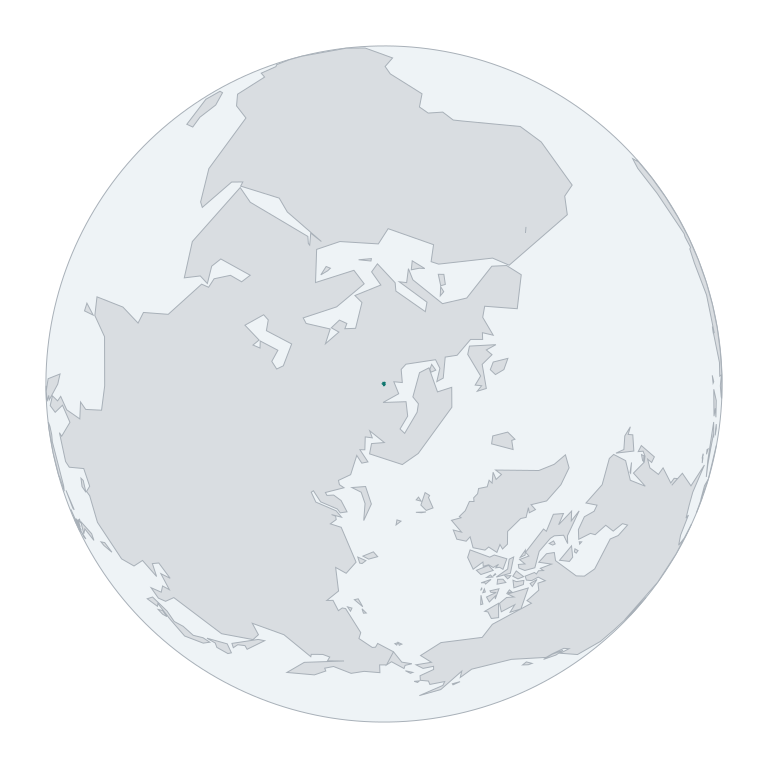 Balvu highlighted on a globe, orthographic projection, rotated 166°
{"feature_id": "LVA-1063", "entity_name": "Balvu", "entity_type": "Municipality", "adm_level": 1, "iso_a3": "LVA", "parent_name": "Latvia", "parent_adm1": "", "projection": "orthographic", "projection_center": [27.276, 57.034], "detail": "fine", "context": "on_globe", "style": "filled", "palette": "teal", "viewbox_px": 768, "rotation_deg": 166, "n_neighbors": 0, "source": "natural_earth", "source_scale": "10m", "svg_char_len": 11737}
<svg xmlns="http://www.w3.org/2000/svg" viewBox="0 0 768 768"><g transform="rotate(166 384 384)"><circle cx="384" cy="384" r="338" fill="#eef3f6" stroke="#a8b0b8"/><path d="M166.5,125.4L207.4,97.1L181.4,113.5L196.6,102.8L201.2,99.8L199.0,101.4L219.8,90.1L236.2,81.9L261.7,74.7L278.1,80.1L268.5,82.4L273.5,84.0L285.9,81.5L292.8,79.5L326.9,86.0L367.9,86.1L381.0,80.8L378.0,86.6L402.8,73.8L425.1,73.1L399.8,77.3L397.1,80.6L412.2,81.4L412.7,85.0L420.4,87.7L419.6,92.2L404.9,95.0L404.2,98.1L414.9,98.6L420.9,103.8L405.3,102.5L414.2,111.7L391.3,119.3L350.0,114.4L337.0,124.6L294.0,135.6L297.7,139.2L283.7,146.5L282.8,153.5L275.1,154.1L281.1,159.3L288.3,157.5L293.3,159.3L293.5,163.4L283.6,164.7L282.1,162.8L279.3,165.4L274.4,164.4L276.9,167.3L265.0,168.7L276.9,173.6L267.4,180.0L259.5,179.3L260.3,171.1L243.9,151.3L236.1,149.1L224.3,153.6L202.0,178.9L193.4,180.3L181.8,188.2L186.4,190.8L197.2,185.8L203.0,193.3L215.6,186.7L219.8,189.1L232.6,186.2L230.6,195.7L221.7,206.7L210.9,209.7L206.6,214.9L216.8,219.7L196.7,233.5L183.4,257.2L178.2,260.1L168.1,251.2L168.3,231.0L155.2,221.6L163.5,237.2L150.4,245.2L148.2,250.8L148.8,256.1L153.7,256.9L149.2,262.0L139.3,247.9L143.3,243.1L146.4,247.4L146.3,238.3L139.6,229.9L133.5,235.1L129.7,218.6L125.3,222.3L122.0,221.2L129.3,216.1L116.1,225.2L110.8,210.9L92.7,227.9L110.6,204.3L117.1,192.8L123.4,180.8L120.3,183.2L132.8,165.6L137.1,156.3L128.6,162.9L119.4,173.8L141.8,148.4L166.5,125.4ZM112.1,183.3L103.5,195.8L104.3,195.7L97.6,207.8L92.4,213.2L112.1,183.3ZM91.8,214.2L79.0,239.0L76.4,244.0L91.8,214.2ZM59.9,288.2L59.9,289.9L58.1,300.9L54.4,311.3L56.3,310.4L53.3,323.8L52.0,353.9L51.2,353.9L49.5,392.3L53.6,426.4L54.6,441.0L53.5,442.4L56.3,453.8L56.4,457.2L72.8,502.7L85.6,531.8L88.2,542.5L83.4,538.1L84.5,540.5L74.3,519.2L65.6,497.2L58.5,474.7L52.9,451.8L49.0,428.5L46.7,405.0L46.1,381.4L47.1,357.8L49.8,334.3L54.0,311.1L59.9,288.2ZM88.2,231.7L73.3,267.4L77.0,252.4L77.2,254.0L82.0,243.7L89.2,227.7L93.8,215.8L88.2,231.7ZM92.2,235.7L94.4,230.3L92.9,235.0L92.2,235.7ZM295.8,78.2L286.1,81.1L274.7,82.3L282.8,79.4L295.8,78.2ZM317.5,77.9L313.1,79.9L307.9,77.1L312.0,76.7L317.5,77.9ZM390.2,76.6L382.2,76.8L389.8,75.4L390.2,76.6ZM421.5,87.4L423.6,86.3L426.7,88.2L421.5,87.4ZM232.9,181.3L232.7,183.7L230.4,183.0L232.9,181.3ZM238.6,177.9L236.0,175.4L238.4,173.4L239.9,175.0L238.6,177.9ZM428.4,96.9L432.6,100.6L425.8,97.2L428.4,96.9ZM241.2,181.6L242.8,170.3L247.0,167.0L256.3,170.5L241.2,181.6ZM433.4,103.1L443.9,112.7L449.5,110.8L439.6,121.9L434.0,109.8L424.6,105.8L431.6,105.9L433.4,103.1ZM290.5,155.1L282.8,157.3L289.1,151.7L290.5,155.1ZM293.4,151.2L305.5,132.7L316.9,132.0L310.5,138.2L325.3,134.6L324.9,143.3L316.7,147.2L309.4,145.9L314.8,150.3L293.4,151.2ZM432.4,126.8L432.8,129.8L429.6,127.3L432.4,126.8ZM295.8,159.6L297.3,155.7L307.3,154.8L306.3,162.4L303.4,160.2L295.8,159.6ZM329.3,129.6L336.6,130.5L338.3,137.7L341.3,139.1L325.9,143.5L329.3,129.6ZM301.2,162.5L305.5,166.3L300.9,170.6L295.1,163.3L301.2,162.5ZM310.3,151.4L315.1,151.4L312.1,153.9L310.3,151.4ZM287.0,188.7L288.5,183.8L293.8,182.8L287.0,188.7ZM307.4,167.4L309.0,166.0L311.2,165.1L313.1,168.5L307.4,167.4ZM328.1,148.4L327.3,151.4L334.5,147.0L336.1,152.5L325.5,154.6L330.7,156.0L331.2,157.7L322.0,157.5L328.1,148.4ZM321.8,169.5L308.8,174.5L304.9,183.7L300.0,184.8L307.2,169.8L321.8,169.5ZM322.7,162.4L321.0,167.0L315.8,165.8L313.8,161.9L322.7,162.4ZM341.0,155.6L341.3,146.6L343.6,146.5L341.0,155.6ZM321.6,172.3L324.8,171.1L322.0,173.1L321.6,172.3ZM336.2,160.9L336.0,157.7L338.6,157.6L336.2,160.9ZM331.2,171.5L327.0,173.0L325.4,170.4L331.2,171.5ZM334.3,166.8L337.9,167.6L327.4,168.5L333.8,165.3L334.3,166.8ZM338.7,161.4L340.2,160.3L338.4,162.8L338.7,161.4ZM339.4,180.9L326.5,182.7L323.1,176.7L336.1,175.7L339.4,180.9ZM339.5,719.0L338.7,718.8L321.1,714.6L296.8,698.3L306.1,691.8L302.9,683.4L276.9,656.4L282.6,644.2L275.6,636.2L261.2,633.6L253.0,623.4L244.3,620.2L189.5,600.9L172.9,580.8L153.3,531.5L163.2,522.6L165.2,503.9L233.8,469.0L248.2,479.9L302.0,487.1L308.7,491.3L302.2,507.2L342.4,533.7L355.6,521.3L392.3,532.9L416.8,530.9L425.9,499.0L385.7,501.6L379.0,486.0L411.3,470.3L446.4,467.7L444.9,461.6L422.9,450.4L431.1,437.2L415.2,445.3L421.5,451.3L411.8,456.8L405.4,451.7L408.6,447.1L398.1,444.9L385.7,468.4L390.8,476.9L363.1,480.8L368.9,495.8L361.3,502.2L348.7,479.5L350.0,471.3L326.4,444.2L322.5,453.0L344.5,479.5L337.5,476.9L332.4,490.0L330.8,478.1L307.8,447.8L282.9,447.4L250.9,472.2L236.4,469.3L224.4,456.8L236.5,424.8L267.5,435.1L272.1,424.8L266.2,404.9L276.1,410.0L277.5,403.4L289.2,406.3L306.1,394.2L318.1,395.3L325.1,375.4L332.2,373.5L326.0,385.7L328.1,395.1L357.9,397.9L363.8,394.0L365.9,381.0L373.9,383.8L372.1,371.0L389.4,366.3L366.9,361.5L368.8,347.1L379.3,336.5L375.9,331.1L358.7,348.6L355.4,356.5L359.1,364.5L346.8,386.4L336.5,388.8L334.0,363.4L319.1,364.4L323.8,345.0L367.6,308.3L385.7,301.4L414.9,319.7L410.5,329.2L397.8,327.1L409.2,342.1L408.4,334.6L415.0,337.2L418.5,324.8L423.3,326.1L418.4,312.3L424.7,312.6L427.7,321.3L438.3,304.1L451.5,301.5L451.6,297.1L447.9,293.0L467.1,292.9L466.3,289.7L459.7,288.4L453.8,281.3L450.8,268.9L457.6,269.6L459.6,274.1L474.0,285.0L478.3,297.5L480.8,296.6L478.7,285.9L461.1,272.5L457.4,265.0L466.5,270.0L462.9,267.5L463.2,264.0L469.9,261.3L460.2,255.3L454.2,217.9L466.5,209.5L475.3,217.7L478.2,194.1L491.9,187.8L485.8,186.4L483.1,175.1L478.7,176.8L475.6,175.4L466.7,148.4L469.9,143.1L459.1,131.2L455.9,130.7L452.9,133.8L439.6,121.9L449.5,110.8L456.2,112.5L457.8,104.9L472.8,110.0L485.9,111.2L501.3,122.1L510.3,122.6L509.9,119.6L521.9,118.6L548.0,127.6L528.7,133.2L489.8,124.9L505.8,129.1L502.7,132.2L508.8,136.4L520.0,139.3L521.0,137.1L541.7,164.9L569.7,183.7L566.5,171.1L572.9,167.7L602.0,181.0L639.6,227.6L648.5,226.0L654.7,230.8L659.3,242.7L650.5,235.9L647.7,241.6L642.0,236.3L646.4,254.0L638.5,247.2L645.8,264.8L652.2,265.8L651.2,252.2L661.0,271.2L670.6,267.9L680.9,277.8L695.5,319.1L696.6,346.8L698.6,351.7L694.3,356.0L695.8,374.6L709.5,379.4L711.7,385.8L710.7,415.3L709.4,411.3L698.0,422.8L701.1,441.2L709.9,436.1L713.1,443.8L708.6,452.7L704.8,446.6L700.7,450.2L698.1,435.7L687.6,423.7L682.8,440.0L679.6,431.5L664.4,426.9L655.5,449.7L643.7,497.5L648.0,520.4L641.4,538.0L618.7,521.8L607.9,502.6L600.1,511.6L576.5,503.8L536.8,525.0L530.8,520.3L523.4,527.2L506.7,526.6L497.4,517.6L487.5,521.9L512.1,544.8L522.7,540.0L531.1,524.2L536.1,533.3L552.1,535.3L535.5,568.6L476.0,609.4L469.8,592.7L422.2,545.6L423.4,538.7L423.1,538.0L422.5,536.7L418.6,548.1L410.3,537.4L436.2,574.3L440.7,589.7L475.2,610.7L472.1,614.2L483.0,616.8L517.6,599.3L517.9,605.0L501.8,635.4L453.6,675.5L459.8,689.5L456.0,700.6L425.6,710.7L427.9,715.3L412.1,718.1L410.9,719.8L398.0,721.5L384.3,721.9L339.5,719.0ZM210.2,496.3L208.3,501.9L208.3,502.0L210.2,496.3ZM484.0,480.3L504.7,474.7L494.6,456.9L501.7,453.5L495.6,448.9L493.7,455.7L478.8,442.4L487.4,433.1L484.5,424.5L477.3,426.0L463.9,445.2L485.2,464.2L480.8,474.2L484.0,480.3ZM52.1,354.7L51.5,360.4L51.3,355.6L52.1,354.7ZM75.1,254.0L73.1,260.1L71.3,264.7L72.3,260.5L75.1,254.0ZM64.5,305.1L63.4,313.0L63.5,306.4L64.5,305.1ZM71.6,272.9L65.3,299.1L65.6,287.6L70.0,271.4L68.4,280.3L71.6,272.9ZM88.1,237.8L86.4,242.2L85.2,242.6L88.1,237.8ZM91.2,239.2L91.4,237.9L93.4,234.8L91.2,239.2ZM151.0,246.0L151.6,247.3L151.2,253.2L149.1,251.3L151.0,246.0ZM162.9,275.4L155.3,282.9L159.3,276.0L154.9,274.5L157.8,258.5L175.7,260.8L167.1,262.4L162.9,275.4ZM166.7,238.6L162.8,248.0L166.3,237.7L166.7,238.6ZM273.6,366.2L277.4,372.2L272.7,378.9L257.6,378.9L264.2,369.0L273.6,366.2ZM284.0,379.3L285.8,354.9L295.3,354.4L289.7,358.7L295.8,360.9L288.3,368.4L295.6,392.5L291.9,400.1L265.9,395.1L276.5,392.3L272.1,386.3L284.0,379.3ZM273.7,298.4L274.6,289.2L294.1,299.9L291.0,307.3L275.6,307.4L270.3,298.7L273.7,298.4ZM257.4,190.7L256.6,187.4L259.3,186.9L262.3,189.3L257.4,190.7ZM287.3,186.5L264.3,204.7L262.1,201.8L251.2,216.6L241.2,214.9L248.6,205.2L232.7,215.3L235.4,205.9L225.3,213.7L242.7,192.4L244.4,184.7L246.3,193.8L255.5,195.5L259.9,194.0L273.9,184.1L282.1,169.2L292.5,169.0L297.7,172.8L297.3,176.4L290.7,175.3L294.9,180.9L285.0,182.0L287.3,186.5ZM352.1,225.6L344.6,221.5L351.5,235.4L341.6,235.6L343.0,237.2L335.8,241.4L329.5,249.4L325.1,248.2L324.5,251.9L319.7,254.9L317.5,259.7L308.7,259.3L305.3,265.2L303.1,261.7L299.5,272.0L298.3,264.3L291.9,267.8L296.5,273.5L254.7,262.6L238.2,264.9L225.1,271.4L224.7,257.9L236.7,243.5L254.5,231.2L270.5,231.3L267.4,225.5L274.2,223.9L273.8,229.1L278.4,220.2L283.9,220.4L299.7,211.1L303.0,198.7L308.9,195.2L310.3,200.2L315.2,193.3L321.9,200.5L326.2,198.4L337.2,203.6L337.4,214.9L342.3,211.6L350.9,215.8L352.1,225.6ZM342.3,182.7L344.8,195.5L340.6,202.2L323.3,190.4L318.4,191.4L307.1,184.7L313.4,175.4L316.1,178.1L320.1,178.6L316.5,181.3L322.4,179.5L326.2,183.3L331.8,183.1L331.1,187.3L342.3,182.7ZM316.5,486.2L321.7,487.8L329.9,488.2L326.8,496.7L316.5,486.2ZM300.4,465.8L305.2,465.6L304.8,477.3L299.4,475.9L300.4,465.8ZM308.1,455.9L305.5,464.7L303.7,459.1L308.1,455.9ZM330.4,384.9L335.5,384.1L335.9,387.2L333.0,391.5L330.4,384.9ZM370.4,268.7L366.7,264.8L368.3,263.1L366.4,251.9L373.6,251.1L377.5,257.6L370.4,268.7ZM418.9,505.2L411.7,512.0L408.0,509.3L411.2,507.5L418.9,505.2ZM366.9,506.5L378.6,510.7L365.9,508.7L366.9,506.5ZM377.9,265.9L376.3,261.3L380.8,263.8L377.9,265.9ZM378.7,250.0L384.1,251.8L374.2,249.7L378.7,250.0ZM512.5,683.7L487.9,703.4L472.3,707.7L470.2,705.7L479.8,695.4L498.1,687.4L507.4,679.6L512.5,683.7ZM713.1,460.9L712.3,464.0L713.7,457.8L715.4,450.1L713.1,460.9ZM713.5,458.8L708.6,470.4L695.9,472.1L700.6,462.8L712.7,449.5L712.1,454.1L715.0,448.7L713.5,458.8ZM719.9,421.3L718.9,428.2L718.4,423.7L718.7,415.1L719.8,408.2L719.5,362.5L720.2,357.3L721.4,373.4L721.7,372.6L721.7,397.0L719.9,421.3ZM649.5,521.2L656.9,527.4L652.7,534.3L649.5,521.2ZM715.9,338.6L718.3,357.7L715.0,336.9L715.9,338.6ZM711.9,322.5L713.5,325.9L712.2,326.5L711.9,322.5ZM701.8,357.5L700.8,365.9L699.2,363.2L699.4,351.0L701.8,357.5ZM688.7,286.6L694.8,295.0L696.8,299.3L693.4,297.7L688.7,286.6ZM436.7,256.4L431.3,272.6L432.3,284.5L440.2,291.3L426.7,289.0L425.3,270.6L436.7,256.4ZM451.3,222.4L444.3,217.0L448.7,215.1L450.9,216.1L451.3,222.4ZM446.1,222.1L434.9,223.7L431.9,218.0L441.3,217.8L446.1,222.1ZM406.4,244.3L404.3,249.0L400.7,246.8L406.4,244.3ZM716.9,326.3L716.7,327.9L718.2,338.2L713.7,313.3L714.9,315.7L716.9,326.3ZM714.2,318.6L715.8,328.1L713.1,315.2L714.2,318.6ZM715.2,327.7L713.6,323.8L713.3,318.8L715.2,327.7ZM713.8,315.1L710.7,305.8L712.0,307.6L713.8,315.1ZM709.3,315.8L711.5,311.3L711.5,323.9L703.9,309.5L703.3,302.4L709.3,315.8ZM657.7,219.9L653.6,217.7L650.9,210.8L654.5,214.2L657.7,219.9ZM638.4,187.7L648.8,208.2L656.5,225.7L657.6,223.1L665.7,232.9L660.1,233.3L649.5,216.3L645.0,204.3L637.5,197.5L629.9,186.3L621.0,181.6L615.5,175.6L622.1,176.3L638.4,187.7ZM617.3,180.2L599.0,169.8L597.1,160.1L600.7,160.2L609.9,168.9L610.4,173.5L617.3,180.2ZM594.0,164.6L594.3,169.1L567.9,166.6L561.9,163.8L581.0,159.7L582.2,163.8L589.0,166.4L594.0,164.6ZM436.3,129.4L433.1,129.7L434.8,127.6L436.3,129.4ZM473.3,176.6L469.3,174.3L471.5,171.6L473.3,176.6ZM459.4,166.6L459.7,171.2L456.6,166.1L459.4,166.6ZM461.0,181.8L458.5,173.0L464.9,181.9L461.0,181.8Z" fill="#d9dde1" stroke="#a8b0b8" stroke-width="1"/><path d="M384.3,382.5L384.6,382.6L384.5,382.8L384.4,383.3L384.6,383.5L384.8,383.7L384.9,384.0L385.0,383.9L385.1,384.0L385.3,384.3L385.1,384.3L384.8,384.5L384.7,384.7L384.5,384.8L384.6,385.1L384.4,385.1L384.3,385.3L384.3,385.2L384.3,385.3L384.2,385.3L384.2,385.5L383.9,385.4L383.7,385.4L383.4,385.3L383.2,385.4L382.9,385.2L383.0,385.1L383.1,384.9L383.4,384.9L383.6,385.0L383.8,385.0L383.8,384.8L384.0,384.7L384.1,384.3L383.9,384.2L384.0,384.2L384.2,383.8L383.8,383.7L383.6,383.7L383.4,383.7L383.1,383.5L383.3,383.3L383.4,383.2L383.5,383.0L383.6,382.9L383.8,382.8L383.9,382.7L384.0,382.7L384.3,382.5Z" fill="#14b8a6" stroke="#0f766e" stroke-width="1.5"/></g></svg>